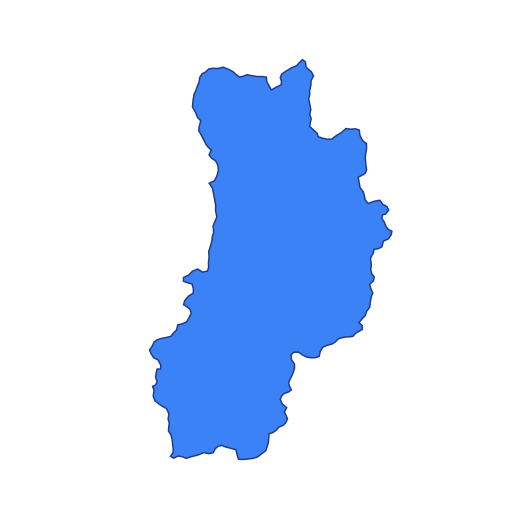 Abre Campo, Minas Gerais, Brazil (orthographic projection), rotated 163°
{"feature_id": "56859067B55300452667889", "entity_name": "Abre Campo", "entity_type": "district", "adm_level": 2, "iso_a3": "BRA", "parent_name": "Brazil", "parent_adm1": "Minas Gerais", "projection": "orthographic", "projection_center": [-42.441, -20.281], "detail": "fine", "context": "isolated", "style": "filled", "palette": "blue", "viewbox_px": 512, "rotation_deg": 163, "n_neighbors": 0, "source": "geoboundaries", "source_scale": "gbopen_adm2", "svg_char_len": 3561}
<svg xmlns="http://www.w3.org/2000/svg" viewBox="0 0 512 512"><g transform="rotate(163 256 256)"><path d="M396.3,89.4L393.8,86.7L389.1,87.5L385.4,85.8L381.8,82.8L376.8,83.1L373.0,82.8L368.7,82.7L363.4,83.3L359.3,80.9L354.4,80.4L351.6,83.4L348.1,85.0L344.2,85.0L341.5,82.7L337.2,80.0L331.8,76.6L332.2,70.9L332.2,66.8L328.8,65.5L324.5,64.5L320.7,63.8L317.4,63.3L313.3,63.4L308.4,65.2L303.5,67.0L301.1,70.4L298.6,74.2L297.1,78.0L295.5,82.2L291.6,82.2L287.9,83.3L284.0,85.7L279.5,86.1L276.1,88.0L273.5,91.1L273.8,94.6L274.5,98.5L271.0,102.0L274.2,106.8L274.7,111.9L272.2,114.7L269.2,116.3L265.0,116.4L261.3,117.6L261.9,121.0L262.0,125.0L259.4,128.2L256.9,130.8L254.3,133.9L251.9,137.6L250.8,141.5L252.4,146.4L251.4,151.0L248.3,152.9L243.5,151.7L240.0,147.3L236.9,144.4L232.7,142.4L228.3,141.3L224.9,141.6L222.4,146.0L218.8,149.2L214.3,149.8L209.0,149.6L204.9,150.8L201.5,152.7L197.5,152.7L193.7,152.3L190.0,151.3L186.6,150.9L183.6,152.9L179.8,153.8L175.9,154.7L174.8,158.6L177.0,162.0L173.2,164.8L169.0,167.1L166.4,170.7L162.3,173.7L159.7,179.4L157.4,183.8L155.1,186.4L155.6,190.6L155.8,195.6L151.1,197.8L149.0,201.3L150.6,205.2L150.2,209.6L148.4,213.5L147.1,220.6L143.2,224.3L140.9,228.0L137.3,227.2L132.9,228.0L129.9,232.9L124.4,233.7L120.6,236.7L118.8,239.9L121.6,242.7L123.0,246.0L123.4,250.9L124.7,255.3L123.0,258.2L119.6,258.3L115.7,261.1L116.4,265.1L119.6,268.2L121.2,273.1L126.9,273.8L133.5,273.5L135.2,277.8L134.7,282.0L134.7,286.2L136.5,291.0L135.8,296.8L135.3,301.4L130.5,302.3L127.3,303.2L125.0,306.1L124.2,311.4L122.9,317.7L121.2,321.8L118.8,326.4L117.5,331.3L119.8,334.2L120.9,337.6L121.3,341.6L120.4,346.2L123.8,348.6L128.2,349.5L132.8,351.6L138.0,349.1L144.2,347.6L149.5,345.6L153.6,346.8L157.7,349.1L161.5,351.8L161.8,355.8L164.3,360.0L166.8,364.2L165.1,367.6L163.1,371.1L163.2,375.6L160.8,380.0L160.2,384.8L159.8,390.6L157.5,394.4L156.5,398.2L153.7,403.1L152.0,407.7L148.3,411.3L149.2,416.0L151.2,419.1L152.9,422.1L152.0,427.1L154.2,430.2L158.0,428.2L161.5,426.1L167.3,425.6L173.3,424.0L178.4,422.3L180.7,419.3L180.5,415.7L181.9,412.3L185.8,411.8L189.3,411.1L192.8,410.3L193.8,415.3L194.7,419.5L193.8,424.0L197.9,425.9L202.5,427.3L207.0,429.5L211.5,432.0L215.7,431.6L219.4,432.0L221.5,434.6L224.2,439.1L228.2,443.0L232.3,446.2L237.4,446.4L242.6,448.2L246.6,448.7L250.0,446.8L254.3,446.0L257.5,443.3L259.6,439.0L262.7,435.2L264.9,432.1L268.1,428.6L271.0,422.5L273.2,417.1L271.8,411.1L271.4,405.8L269.3,401.4L272.2,396.9L274.1,392.7L272.9,387.1L272.0,382.3L271.2,377.5L269.7,373.4L267.7,370.5L271.3,366.5L269.9,362.5L266.9,359.0L265.9,353.8L267.0,348.9L270.1,343.8L273.8,340.1L279.5,339.3L277.8,333.7L278.4,327.9L279.1,321.5L279.7,316.3L281.4,311.2L282.0,304.9L285.3,300.9L288.2,297.4L288.9,294.0L289.8,290.5L292.1,287.3L293.9,283.1L296.9,278.4L299.9,274.2L301.2,268.6L303.5,263.4L304.6,259.0L306.9,255.8L311.9,256.2L315.6,260.6L321.3,260.0L325.9,257.5L331.6,256.6L332.8,253.1L329.8,250.7L325.4,248.0L325.5,242.7L327.0,238.7L332.2,237.4L337.3,234.1L339.5,230.6L336.9,227.7L334.7,224.3L334.6,220.2L337.7,217.0L341.6,213.3L346.4,212.7L351.0,213.0L353.5,208.6L357.6,206.4L360.7,204.1L365.3,204.3L370.2,204.8L375.0,204.8L378.8,203.4L381.6,200.1L385.4,197.2L384.8,192.9L383.6,188.7L380.0,185.1L379.0,179.4L380.4,175.8L383.6,176.8L385.6,173.5L387.5,169.4L387.3,164.8L389.7,162.0L393.0,161.6L392.8,157.3L395.3,152.0L395.0,147.1L392.3,143.2L389.5,139.7L386.2,136.2L385.4,130.5L387.8,125.6L387.7,122.0L389.2,118.4L390.9,114.3L389.7,110.1L389.7,105.5L390.9,99.9L391.5,95.7L393.1,91.9L396.3,89.4Z" fill="#3b82f6" stroke="#1e3a8a" stroke-width="1.5"/></g></svg>